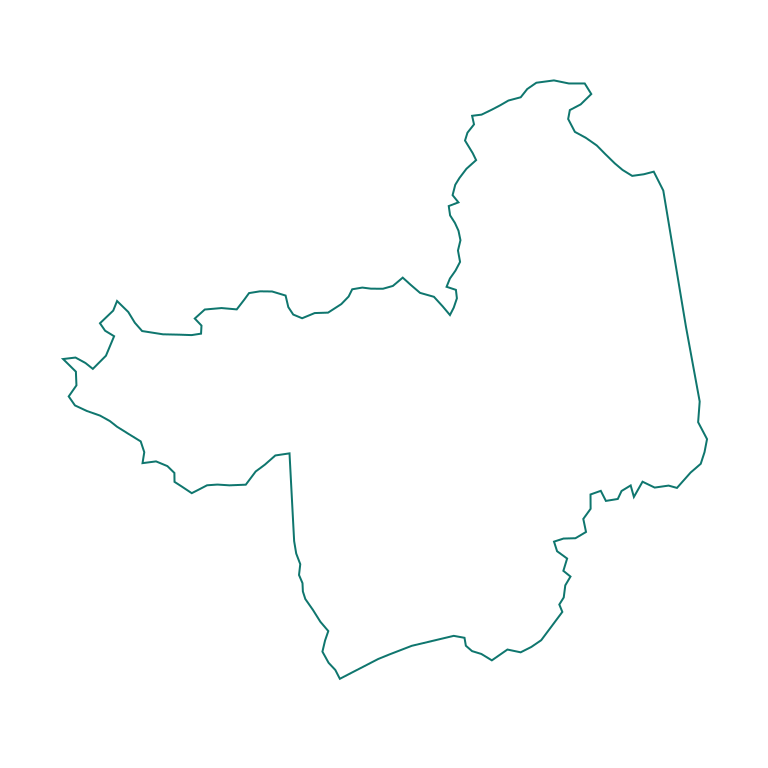 outline of Segredo, Rio Grande do Sul, Brazil, rotated 266°
{"feature_id": "56859067B17752705849385", "entity_name": "Segredo", "entity_type": "district", "adm_level": 2, "iso_a3": "BRA", "parent_name": "Brazil", "parent_adm1": "Rio Grande do Sul", "projection": "mercator", "projection_center": [-52.922, -29.293], "detail": "fine", "context": "isolated", "style": "outline", "palette": "teal", "viewbox_px": 768, "rotation_deg": 266, "n_neighbors": 0, "source": "geoboundaries", "source_scale": "gbopen_adm2", "svg_char_len": 2338}
<svg xmlns="http://www.w3.org/2000/svg" viewBox="0 0 768 768"><g transform="rotate(266 384 384)"><path d="M117.5,523.0L144.2,546.0L151.8,543.5L158.5,548.4L170.5,550.8L178.9,556.6L185.1,549.9L197.1,554.5L205.1,545.0L214.9,542.6L217.3,552.3L216.8,564.2L222.3,575.2L235.5,573.4L245.1,581.4L259.4,582.3L262.3,592.8L251.9,597.2L253.0,609.2L260.7,613.5L265.6,623.0L253.9,625.4L268.5,635.1L261.8,646.8L262.8,660.8L259.9,669.0L274.3,683.7L282.3,694.4L293.7,699.0L306.5,702.4L324.0,694.7L344.5,697.7L420.2,689.2L557.5,676.1L577.0,667.9L575.1,657.8L574.3,646.1L580.9,636.9L587.9,629.7L598.0,620.7L607.1,612.9L615.5,602.5L622.2,592.0L635.5,586.2L644.3,588.5L649.2,599.7L658.8,611.0L669.8,605.2L670.9,589.4L675.0,574.7L673.9,557.0L668.3,547.5L660.5,540.4L658.1,527.9L653.9,519.3L650.1,510.6L645.9,500.1L645.4,490.6L636.7,491.9L628.9,484.8L621.2,481.8L608.1,488.6L600.9,491.5L593.0,481.3L584.2,473.6L577.8,469.0L567.6,465.6L560.0,470.9L557.0,461.0L547.6,461.7L539.7,466.0L531.7,469.0L522.1,470.3L512.0,467.1L500.5,468.4L492.1,463.2L484.6,457.1L476.6,453.2L472.9,462.3L464.4,462.7L455.3,458.9L448.2,454.6L457.4,447.9L467.5,439.9L472.4,426.3L481.2,417.4L488.8,410.1L481.2,399.7L479.1,389.6L480.0,377.7L481.7,369.1L480.7,358.9L473.7,354.8L466.7,347.0L459.1,333.2L459.6,319.8L455.3,306.9L459.6,298.3L467.4,293.9L479.1,292.0L484.1,278.8L485.1,266.7L484.1,255.7L477.9,250.5L468.7,242.3L471.1,227.2L470.8,210.4L462.5,199.8L455.0,206.0L447.0,205.0L446.2,195.5L447.5,183.1L449.0,166.9L453.7,146.4L462.5,139.7L473.7,133.9L485.4,123.5L476.1,119.0L464.4,104.9L456.6,109.5L450.5,118.1L431.6,108.6L419.4,94.6L425.8,87.6L431.9,78.1L431.3,65.6L417.8,77.5L404.1,77.1L393.6,68.6L384.2,74.2L377.8,85.7L372.3,98.5L366.1,108.0L360.0,114.7L352.0,125.7L343.7,137.3L332.7,140.1L321.9,137.6L322.7,151.2L317.2,162.2L309.9,168.7L301.0,168.2L295.6,175.4L288.5,184.6L291.9,192.6L295.3,200.4L295.3,210.8L293.7,222.7L293.2,239.1L305.7,249.9L311.9,259.6L320.3,270.6L321.4,284.9L233.5,283.4L221.0,284.6L210.1,287.9L199.4,285.9L191.0,288.8L182.7,288.6L175.0,290.5L163.5,297.4L151.3,303.9L141.4,311.2L132.2,307.3L121.3,303.9L109.7,309.3L102.1,315.5L93.0,319.4L98.4,331.9L110.1,359.1L113.8,370.4L120.9,393.5L127.9,436.0L125.2,446.6L117.2,447.4L111.4,453.2L107.9,462.3L100.8,472.3L110.5,488.6L106.8,501.6L111.4,512.6L117.5,523.0Z" fill="none" stroke="#0f766e" stroke-width="2"/></g></svg>